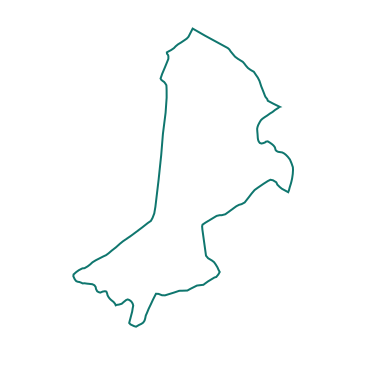 Sèbè-Brikolo, Haut-Ogooué, Gabon (Equal Earth projection), rotated 27°
{"feature_id": "22940354B60180935649619", "entity_name": "Sèbè-Brikolo", "entity_type": "district", "adm_level": 2, "iso_a3": "GAB", "parent_name": "Gabon", "parent_adm1": "Haut-Ogooué", "projection": "equal_earth", "projection_center": [13.691, -0.557], "detail": "fine", "context": "isolated", "style": "outline", "palette": "teal", "viewbox_px": 384, "rotation_deg": 27, "n_neighbors": 0, "source": "geoboundaries", "source_scale": "gbopen_adm2", "svg_char_len": 3035}
<svg xmlns="http://www.w3.org/2000/svg" viewBox="0 0 384 384"><g transform="rotate(27 192 192)"><path d="M118.4,46.1L118.4,51.1L118.4,55.3L117.7,57.7L116.2,60.5L114.3,63.9L112.5,66.8L111.3,69.6L110.6,72.0L108.9,75.1L107.2,77.5L106.2,79.0L106.9,80.1L108.4,80.8L109.3,81.7L110.5,84.1L110.9,88.6L111.3,93.4L111.8,100.4L112.5,105.2L113.8,106.0L115.6,106.4L117.2,106.6L118.9,107.4L120.7,108.5L122.0,110.7L123.3,113.1L126.6,119.5L132.5,133.4L139.7,153.4L147.8,173.1L156.7,196.3L166.1,221.8L168.1,228.2L168.6,232.9L168.5,236.4L166.7,239.7L163.7,246.2L157.7,258.4L152.9,267.2L151.2,271.0L149.4,275.7L147.2,280.4L145.5,284.5L144.1,287.3L142.2,289.7L137.2,296.6L135.2,299.9L134.1,302.9L132.8,305.6L130.8,308.7L129.0,309.8L126.7,313.0L125.2,315.9L124.0,319.0L123.9,319.2L124.5,320.9L125.6,321.8L126.9,322.8L128.2,323.5L129.4,324.0L131.1,323.8L132.6,323.3L134.6,323.1L136.0,323.1L137.7,322.1L139.8,321.4L142.4,320.4L145.1,319.4L147.4,319.4L149.3,320.4L150.5,322.0L152.6,323.5L154.2,323.6L155.9,323.3L156.7,322.4L157.6,321.3L159.5,319.9L160.9,319.6L162.3,320.8L163.7,322.4L165.0,323.3L166.9,324.3L168.8,324.9L172.1,325.6L174.3,326.6L175.5,327.6L176.4,326.6L178.0,325.5L180.1,323.5L181.1,321.0L182.4,318.1L183.5,316.9L185.3,316.7L187.6,317.1L189.7,318.3L191.2,319.9L191.9,322.4L193.0,325.8L193.9,329.9L194.5,332.6L194.9,334.6L195.5,337.2L197.3,337.9L201.3,337.8L203.3,337.4L205.1,334.6L206.8,332.4L207.8,330.5L208.1,328.2L207.7,325.9L206.9,323.0L206.8,320.6L206.4,315.6L206.3,310.8L206.1,305.8L206.1,299.0L208.4,298.0L212.2,297.6L214.9,296.3L218.6,292.7L221.6,289.8L225.5,285.8L228.1,284.4L232.6,281.9L234.7,278.8L238.9,273.1L242.5,270.7L244.3,269.5L245.2,267.6L246.9,264.3L250.8,258.0L252.2,256.7L252.9,253.5L253.0,250.7L251.1,249.4L248.9,247.6L246.0,245.8L243.5,244.5L240.9,244.0L236.4,243.7L233.4,242.4L218.2,220.6L216.6,218.0L216.2,216.3L217.9,213.2L224.8,202.1L227.2,200.1L229.1,199.1L231.8,196.7L238.0,184.5L239.8,182.0L241.7,180.3L243.7,177.4L245.0,170.8L245.8,166.4L246.9,161.8L248.8,158.1L251.9,152.4L254.6,147.8L256.3,145.5L258.8,144.8L262.7,145.1L264.7,146.7L267.8,147.7L270.6,148.3L277.8,148.5L277.6,146.4L277.0,143.8L276.3,139.7L275.8,137.4L275.0,134.3L273.6,130.2L272.0,126.5L270.6,124.1L267.7,121.3L264.5,118.6L261.3,117.1L258.6,116.2L256.4,115.8L254.4,115.8L252.6,116.4L250.5,117.1L248.7,117.1L247.4,116.6L246.5,115.6L245.6,114.6L243.6,113.6L241.7,113.1L239.2,112.7L236.5,112.5L235.0,113.6L234.5,114.8L233.1,116.3L231.8,117.3L230.1,117.5L228.5,116.7L227.2,115.5L226.1,114.0L224.2,110.8L222.7,108.4L221.4,106.2L220.9,104.5L220.6,102.4L220.6,99.4L220.8,96.8L221.5,94.8L222.8,92.3L224.2,89.9L225.9,86.6L227.4,84.2L228.8,81.1L230.6,78.1L231.3,76.5L231.5,76.3L224.1,76.4L218.1,76.3L216.9,75.1L214.1,73.8L212.7,72.6L210.6,70.7L208.0,68.4L205.8,66.5L201.7,62.4L198.7,60.2L195.7,58.6L194.3,57.8L192.5,56.8L189.8,56.7L187.8,56.5L185.5,56.1L182.5,54.9L180.5,53.9L178.3,53.0L172.4,52.5L168.9,51.9L166.3,50.8L162.6,49.2L160.5,48.0L158.5,47.5L143.8,47.1L132.4,46.8L120.4,46.2L118.4,46.1Z" fill="none" stroke="#0f766e" stroke-width="2"/></g></svg>